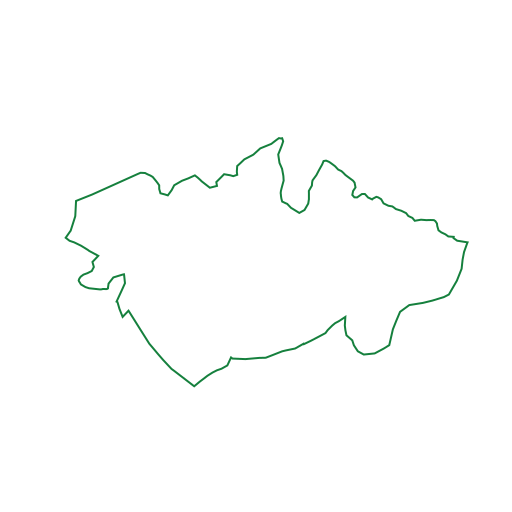 outline of Markz Al Idwa, Al Minya, Egypt, rotated 218°
{"feature_id": "37247803B26025252880900", "entity_name": "Markz Al Idwa", "entity_type": "district", "adm_level": 2, "iso_a3": "EGY", "parent_name": "Egypt", "parent_adm1": "Al Minya", "projection": "robinson", "projection_center": [30.744, 28.697], "detail": "fine", "context": "isolated", "style": "outline", "palette": "green", "viewbox_px": 512, "rotation_deg": 218, "n_neighbors": 0, "source": "geoboundaries", "source_scale": "gbopen_adm2", "svg_char_len": 3334}
<svg xmlns="http://www.w3.org/2000/svg" viewBox="0 0 512 512"><g transform="rotate(218 256 256)"><path d="M253.0,115.0L250.2,115.1L224.5,115.3L223.0,122.2L220.5,131.8L218.5,137.4L216.4,141.9L213.8,145.9L211.2,152.1L213.2,160.7L211.4,160.7L200.9,168.2L190.6,177.8L185.7,181.8L182.0,188.0L176.7,197.0L174.4,199.9L168.2,207.2L164.5,216.2L164.0,216.0L160.5,223.1L157.1,230.6L153.8,238.0L153.9,241.7L153.1,248.1L152.3,251.8L150.6,255.6L148.1,263.0L146.3,260.4L143.2,255.9L139.8,252.5L135.9,249.2L128.2,248.8L123.9,245.9L117.1,243.6L110.4,244.7L102.5,252.3L98.3,261.8L96.1,267.8L103.0,282.5L105.6,291.4L108.1,300.7L105.0,311.7L95.6,321.8L89.6,329.4L82.6,339.4L80.3,344.4L82.5,360.2L86.1,372.5L91.0,380.4L94.5,387.2L97.4,395.9L97.7,397.0L106.9,391.9L111.4,391.7L112.0,392.8L116.5,389.8L120.1,389.7L124.5,388.7L128.0,388.6L131.6,391.2L133.4,393.0L136.1,393.9L137.9,393.8L140.5,391.9L141.1,391.4L143.9,389.1L148.3,386.2L152.6,381.5L156.2,382.3L160.6,381.3L164.1,382.2L169.4,381.1L174.7,379.1L177.5,379.1L179.1,379.0L182.6,377.1L187.9,376.0L192.3,377.8L195.1,377.5L195.8,377.4L196.6,377.1L197.6,376.7L199.2,373.1L199.3,372.1L203.7,371.1L208.3,371.9L208.8,371.6L210.7,370.0L212.4,364.4L214.6,362.8L217.7,363.4L219.5,367.0L219.8,371.3L223.5,374.5L225.9,375.1L233.8,374.9L235.6,374.9L238.3,375.3L240.9,375.5L243.6,374.9L244.4,374.7L245.2,374.8L248.9,375.4L249.9,375.4L250.6,375.4L254.1,375.3L255.9,375.2L256.6,375.1L259.5,374.3L260.4,373.3L261.2,372.4L260.2,368.8L259.2,362.4L258.2,356.9L258.0,350.4L257.1,348.6L255.3,345.9L254.6,341.0L254.4,339.8L252.6,337.6L249.8,334.0L249.3,333.4L247.1,329.4L246.1,322.1L248.4,316.6L255.7,315.8L258.1,315.5L263.5,316.3L265.3,315.8L267.7,315.3L268.8,315.0L269.7,315.6L271.5,317.0L273.3,318.7L274.0,319.5L275.3,320.8L275.8,321.6L276.4,322.6L277.6,325.2L277.8,325.7L279.5,329.7L280.6,332.4L283.6,335.8L284.8,336.9L289.2,340.8L290.2,341.3L291.4,342.0L294.8,343.8L298.7,347.5L301.0,349.7L302.8,355.9L303.3,357.6L303.8,359.2L305.2,363.1L307.9,364.9L308.8,363.9L310.5,363.0L311.3,360.2L313.0,353.7L318.9,343.4L320.5,334.2L324.5,325.4L324.7,324.9L325.5,319.4L326.2,315.3L323.4,311.2L322.8,310.4L320.8,308.4L323.1,304.9L325.9,303.8L331.5,300.8L331.9,297.1L332.8,289.8L329.9,287.2L332.3,284.1L334.4,281.4L338.8,281.4L343.2,281.4L344.9,281.4L346.3,281.6L348.9,281.8L350.3,281.9L353.8,281.9L357.2,275.4L360.6,269.8L364.0,261.4L363.0,255.9L362.8,249.5L364.9,248.7L365.5,248.5L369.9,246.6L373.5,249.2L375.8,252.1L378.4,252.9L380.7,253.5L386.0,254.7L388.6,254.4L391.8,253.6L394.5,253.1L398.2,250.5L399.8,247.6L423.0,203.5L431.7,188.6L423.2,176.5L422.8,175.8L417.6,161.8L417.6,161.0L417.2,153.2L412.9,153.2L412.3,153.2L409.4,154.2L407.7,154.8L400.2,156.4L392.0,157.3L390.6,157.3L381.2,158.9L380.4,159.0L380.5,157.9L381.2,150.6L380.4,150.0L377.0,147.5L376.2,143.0L376.5,142.4L378.2,138.8L380.5,135.1L381.4,131.8L381.3,129.4L380.7,127.6L379.6,126.9L378.9,126.8L376.5,125.8L371.3,126.5L369.9,127.0L367.7,127.8L363.2,130.6L358.7,133.4L357.2,134.6L356.4,135.7L353.3,138.0L352.9,138.7L352.7,139.3L353.0,139.7L355.2,143.5L355.2,151.3L349.9,158.9L348.8,160.3L348.2,159.8L342.5,153.9L340.5,145.7L337.8,134.2L336.8,134.4L331.1,130.3L323.6,125.9L322.8,134.4L322.2,134.2L314.7,131.5L305.0,128.0L302.0,126.9L287.2,121.6L286.1,121.2L278.4,119.6L273.3,118.5L265.1,116.9L253.0,115.0Z" fill="none" stroke="#15803d" stroke-width="2"/></g></svg>